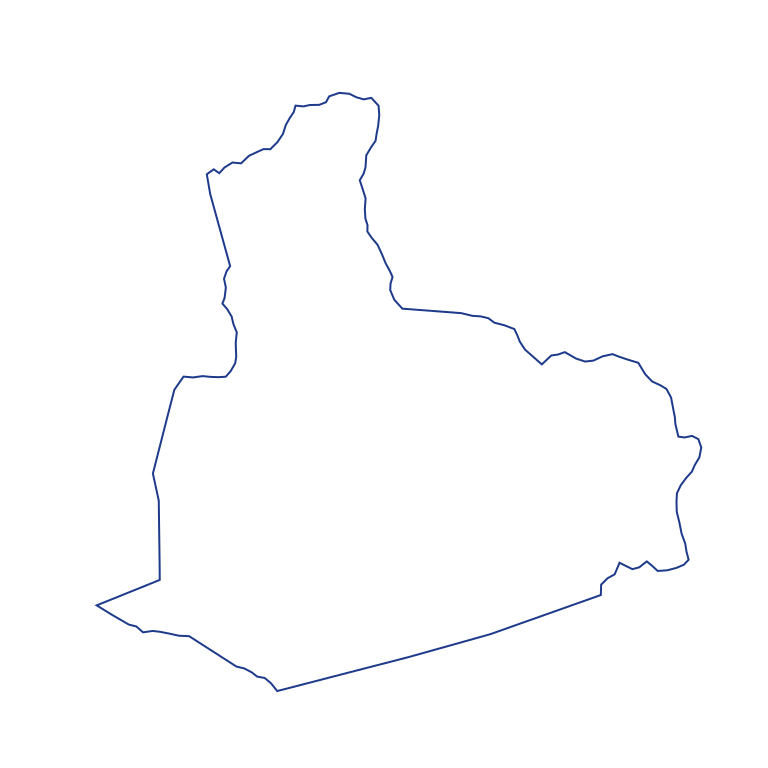 the district of Araçás, Bahia, Brazil, rotated 354°
{"feature_id": "56859067B21814808671307", "entity_name": "Araçás", "entity_type": "district", "adm_level": 2, "iso_a3": "BRA", "parent_name": "Brazil", "parent_adm1": "Bahia", "projection": "orthographic", "projection_center": [-38.2, -12.144], "detail": "fine", "context": "isolated", "style": "outline", "palette": "blue", "viewbox_px": 768, "rotation_deg": 354, "n_neighbors": 0, "source": "geoboundaries", "source_scale": "gbopen_adm2", "svg_char_len": 2142}
<svg xmlns="http://www.w3.org/2000/svg" viewBox="0 0 768 768"><g transform="rotate(354 384 384)"><path d="M75.1,574.1L82.2,579.6L89.7,585.4L98.8,592.0L105.1,596.6L112.3,599.2L118.4,605.8L128.1,605.4L134.9,606.9L144.4,609.8L153.7,612.9L163.8,614.4L207.7,649.6L215.4,652.3L222.5,657.1L227.2,661.7L234.6,663.9L240.4,669.9L245.7,678.2L380.2,658.1L463.7,643.9L577.6,616.5L579.0,606.2L586.1,600.5L593.5,597.4L599.6,586.4L605.6,590.3L611.7,594.1L618.7,593.0L626.8,587.9L631.6,592.8L636.6,598.5L646.1,598.9L655.4,597.5L663.3,595.1L668.6,590.6L667.3,582.3L666.9,574.4L664.3,563.7L663.3,552.7L661.8,541.7L662.6,531.6L663.9,523.3L668.5,515.8L674.5,509.2L681.0,503.4L684.6,497.1L690.0,489.9L692.9,480.3L690.9,471.7L684.9,467.8L677.4,468.6L671.3,467.1L670.4,460.7L669.6,454.1L669.8,447.8L669.0,438.5L668.1,427.5L664.4,418.5L658.9,414.3L650.9,409.5L644.8,401.6L639.1,389.5L628.9,385.2L621.2,381.7L614.4,378.2L604.4,379.3L594.8,382.6L586.4,382.7L577.7,378.8L567.2,371.2L560.1,372.9L553.4,373.1L543.0,381.0L527.8,364.5L523.5,356.1L521.8,349.9L519.4,343.0L509.7,338.1L500.2,334.6L494.7,329.5L487.0,326.8L479.2,325.5L468.2,321.6L410.1,311.0L403.0,301.2L400.0,291.2L401.0,284.8L403.7,278.5L401.4,271.6L398.3,264.3L395.7,255.3L392.2,245.0L386.9,237.1L383.4,230.6L384.2,224.3L382.8,217.5L383.2,208.2L385.1,197.4L382.9,186.7L381.2,178.8L385.8,172.6L388.3,166.4L390.3,154.7L395.9,147.2L401.0,141.3L403.1,133.3L405.1,127.0L407.4,116.1L407.7,106.7L401.3,98.1L393.6,98.8L386.6,96.0L379.8,91.7L370.0,89.8L359.5,92.2L355.8,97.7L348.7,99.6L339.4,98.8L333.0,99.5L325.1,97.9L322.7,104.1L318.1,109.6L313.4,116.2L309.6,124.8L303.3,132.3L295.5,138.6L288.7,137.8L282.4,139.9L273.6,142.9L265.0,149.6L256.4,147.9L248.0,152.0L242.2,157.1L237.1,152.7L229.7,156.9L231.0,176.8L243.3,250.7L239.2,255.5L235.9,262.6L236.8,271.6L234.5,281.6L231.7,287.2L235.8,293.0L239.5,300.9L240.5,308.6L243.0,317.4L240.9,327.1L240.3,334.8L239.9,341.4L238.2,347.8L232.9,355.1L227.4,360.2L220.0,359.9L212.3,358.8L204.5,357.2L194.7,357.5L185.4,355.7L174.9,367.8L166.5,390.3L154.9,421.6L144.8,448.9L147.8,476.4L142.2,537.8L140.5,555.4L75.1,574.1Z" fill="none" stroke="#1e3a8a" stroke-width="2"/></g></svg>